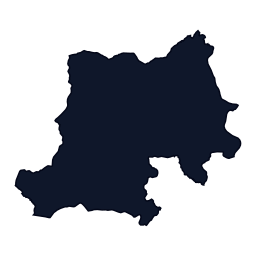 outline of Poni, Poni, Burkina Faso
{"feature_id": "67063806B8041269423759", "entity_name": "Poni", "entity_type": "district", "adm_level": 2, "iso_a3": "BFA", "parent_name": "Burkina Faso", "parent_adm1": "Poni", "projection": "natural_earth1", "projection_center": [-3.327, 10.311], "detail": "fine", "context": "isolated", "style": "filled", "palette": "ink", "viewbox_px": 256, "rotation_deg": 0, "n_neighbors": 0, "source": "geoboundaries", "source_scale": "gbopen_adm2", "svg_char_len": 5794}
<svg xmlns="http://www.w3.org/2000/svg" viewBox="0 0 256 256"><path d="M69.3,55.8L69.7,57.6L69.7,58.2L68.5,60.5L67.9,63.7L68.2,65.0L69.2,65.9L69.4,66.5L69.6,67.8L69.4,68.7L68.4,70.5L68.1,71.5L69.5,74.1L69.9,75.7L69.9,76.4L69.5,77.5L69.6,79.5L68.7,81.5L68.8,82.1L69.1,82.5L70.8,83.4L72.2,85.5L72.1,86.4L71.1,88.2L71.4,90.7L71.3,92.7L71.1,93.2L68.5,97.0L67.6,99.3L67.4,101.8L67.8,104.5L67.8,105.5L67.6,106.4L66.7,108.2L65.8,109.7L61.2,114.6L57.8,117.8L56.1,119.1L55.1,120.5L55.6,121.5L58.3,122.8L59.1,124.3L59.9,124.8L59.6,125.5L59.7,125.8L59.2,128.0L59.2,129.6L60.3,131.4L60.4,133.5L62.7,136.2L63.0,136.3L62.9,138.3L62.5,139.9L62.5,140.3L63.2,141.5L63.0,143.9L61.7,145.1L61.2,145.2L60.8,145.7L59.7,146.3L58.4,151.4L53.7,157.1L52.7,160.0L52.3,165.6L51.9,166.2L51.1,166.3L48.5,165.9L47.6,166.0L44.8,167.8L42.3,169.8L41.5,170.3L40.5,170.3L38.8,172.0L36.3,171.8L34.1,172.9L33.1,173.2L31.5,172.5L29.5,170.9L28.2,170.9L26.4,171.4L25.5,171.2L24.8,170.1L24.3,169.9L20.8,170.4L19.8,171.3L16.3,180.1L15.9,182.5L15.8,184.8L15.4,185.4L16.2,186.4L17.5,187.3L18.5,188.6L20.5,189.7L21.0,190.3L21.6,190.5L22.4,192.0L22.5,193.8L22.1,193.8L23.7,196.1L25.0,196.2L26.0,197.3L26.9,197.2L27.8,197.5L28.5,198.1L29.5,198.2L29.8,198.5L30.1,200.1L30.5,200.2L31.3,200.0L31.6,200.8L31.6,201.6L32.8,202.6L33.3,203.7L34.5,204.4L35.1,205.7L35.5,205.8L35.3,206.4L35.3,207.4L34.8,208.0L34.7,208.7L34.3,209.1L34.5,209.5L34.2,210.8L34.6,212.3L34.5,213.3L34.2,214.2L33.5,214.9L45.3,216.7L49.2,217.6L50.1,217.5L53.8,212.5L55.8,211.1L56.8,210.2L60.5,208.3L65.1,206.7L66.3,206.8L67.9,206.6L68.4,206.0L73.4,206.7L74.7,206.5L79.3,203.2L80.6,202.9L82.3,203.8L84.6,206.2L88.3,210.9L91.9,210.3L93.9,209.6L97.4,209.4L102.1,209.9L105.7,209.8L107.8,210.2L111.9,209.7L113.6,210.1L118.5,212.0L120.8,212.6L123.7,211.6L125.1,211.5L130.6,214.2L132.5,215.3L133.8,216.9L134.9,217.0L139.1,214.5L140.0,214.7L140.9,216.1L141.0,217.5L140.7,219.0L139.2,222.4L139.4,223.7L140.6,224.9L143.5,224.9L144.8,224.2L146.2,225.3L146.7,225.0L149.6,221.0L151.4,220.0L152.2,218.4L153.8,216.1L154.5,215.5L156.5,215.2L158.1,213.2L158.4,210.6L159.3,209.8L160.2,209.8L160.3,208.9L160.8,208.2L159.9,207.4L159.1,207.1L158.2,207.9L157.3,207.5L156.7,206.7L156.0,206.6L155.1,205.7L154.0,203.4L153.4,203.0L153.4,202.3L153.2,202.1L153.4,201.1L152.9,200.3L152.3,199.7L151.5,199.2L150.5,199.9L148.8,200.7L146.8,201.0L146.2,200.8L145.7,200.3L144.6,198.3L144.6,197.5L146.8,194.0L146.2,193.7L146.2,191.3L146.0,190.8L145.5,190.2L144.4,189.5L143.8,188.3L143.6,186.8L144.2,184.6L145.8,183.8L146.8,182.9L147.4,181.4L148.0,178.0L148.3,177.5L150.2,176.6L152.4,177.4L156.1,176.5L156.9,175.8L157.2,175.2L157.7,173.3L157.7,172.3L157.5,170.9L156.8,169.9L156.1,169.2L154.9,168.8L153.9,167.9L152.1,167.8L151.2,166.1L149.0,163.9L148.6,159.4L148.3,158.7L148.3,158.2L148.9,156.8L152.4,157.0L154.3,156.2L155.2,156.2L157.9,157.1L161.5,156.3L167.6,157.5L170.6,156.8L170.8,156.6L172.1,156.3L173.4,155.5L174.3,156.6L175.2,155.6L177.6,155.5L177.9,155.8L178.2,157.3L179.0,157.8L179.5,158.6L179.5,159.9L180.1,160.3L179.7,161.7L179.3,162.2L179.2,162.7L180.2,163.5L181.2,165.8L180.9,166.6L181.0,167.6L182.1,168.3L182.3,169.2L182.2,169.8L184.2,172.3L184.5,173.7L184.5,174.5L185.2,174.8L186.6,174.5L188.7,177.0L189.4,177.2L190.0,178.2L190.8,177.9L191.4,178.1L191.8,178.6L192.3,178.8L192.4,179.1L193.0,178.9L193.2,179.4L193.6,179.6L193.2,179.9L194.4,181.1L195.2,181.4L195.6,182.3L196.9,182.4L197.7,182.2L198.3,182.5L200.3,182.2L200.6,182.6L201.2,182.7L201.6,183.5L201.5,183.9L201.8,184.3L202.7,184.8L203.8,185.0L203.8,184.0L204.4,183.0L204.5,182.1L205.4,181.6L206.3,180.4L207.0,177.8L207.1,176.7L206.3,174.6L206.5,173.2L206.3,172.0L203.2,169.3L201.3,165.8L202.0,164.6L202.0,163.9L202.4,163.5L202.9,163.4L203.8,162.6L204.6,162.6L204.9,162.0L205.5,161.4L208.8,159.9L209.1,159.1L209.1,157.8L210.4,156.5L210.5,155.9L210.3,154.2L210.8,153.1L211.9,152.4L217.2,151.7L222.7,151.9L223.2,152.2L223.4,152.7L223.1,155.0L223.8,156.1L226.7,157.7L227.1,157.7L228.1,158.2L229.4,158.2L230.0,157.9L234.0,156.6L233.9,155.5L234.9,152.7L239.2,147.8L240.4,145.2L240.6,143.3L240.4,141.8L239.7,140.1L238.0,138.2L232.3,135.7L226.6,131.5L224.8,129.0L224.0,126.4L224.2,124.7L225.5,121.2L226.6,114.1L227.5,112.2L228.8,110.7L230.5,110.1L232.8,110.7L233.9,109.6L235.4,109.2L237.3,106.8L238.1,105.3L236.5,104.4L232.5,104.1L228.6,103.0L225.2,100.9L222.0,99.3L221.1,98.1L219.8,94.0L219.6,92.6L218.8,89.8L218.0,88.3L216.2,85.9L215.1,82.2L214.6,78.1L213.2,75.9L211.0,70.1L207.9,64.0L207.3,60.4L207.5,58.7L208.2,57.4L211.8,54.0L212.5,52.7L212.7,51.0L213.5,48.4L213.4,47.3L212.6,46.5L210.1,46.0L208.8,44.5L207.8,44.7L207.7,43.9L207.4,44.1L204.9,44.2L204.5,43.3L204.2,40.6L204.0,39.9L203.2,39.5L203.8,38.3L204.8,37.9L205.3,37.4L205.0,36.4L204.2,35.5L202.7,34.8L200.6,35.1L199.4,35.7L199.1,35.5L199.6,32.5L199.1,32.2L198.0,30.7L195.9,32.6L195.7,33.3L194.4,34.6L193.6,36.9L193.0,37.4L192.9,37.9L192.4,38.2L190.4,36.9L190.5,35.5L189.9,35.6L189.5,36.0L188.5,35.9L188.2,36.2L187.5,36.1L187.1,37.1L184.6,38.9L184.1,39.9L183.3,40.9L182.6,40.6L181.7,40.8L180.7,41.6L180.8,42.2L179.7,42.1L177.6,43.5L177.7,44.2L177.4,44.5L174.7,45.8L173.1,47.1L172.4,48.0L171.6,48.4L170.8,51.3L167.7,54.8L166.6,57.3L165.0,57.4L162.9,58.0L160.4,58.0L159.2,58.4L155.4,58.2L153.3,59.9L152.8,60.1L151.4,61.2L150.8,61.3L149.1,63.1L147.8,63.1L145.4,64.3L144.5,64.1L138.7,60.8L137.3,58.9L136.7,57.4L134.4,54.1L133.7,53.4L133.0,53.3L130.7,53.4L123.2,53.1L122.7,53.3L121.9,53.4L119.8,54.4L118.8,54.5L117.9,55.7L117.5,55.7L117.1,55.4L114.6,56.1L113.8,56.7L113.5,57.4L112.4,58.2L109.2,59.4L108.0,59.3L106.7,57.9L104.8,56.8L103.9,56.6L102.2,55.4L101.3,55.2L98.0,53.1L96.7,52.7L94.5,52.9L92.0,52.5L89.3,51.8L87.2,51.7L84.2,50.7L83.4,51.0L80.8,52.6L77.7,53.3L77.0,54.1L76.5,54.4L76.0,54.2L75.4,54.6L74.7,54.4L72.1,54.9L69.3,55.8Z" fill="#0f172a" stroke="#020617" stroke-width="1.5"/></svg>